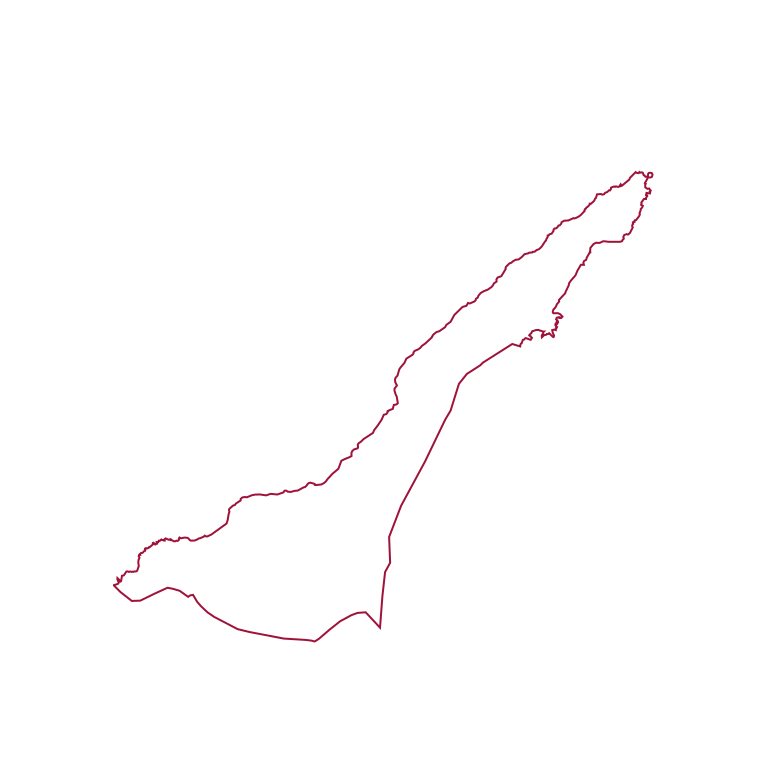 outline of Sima, Andjouân, Comoros, rotated 111°
{"feature_id": "10938185B89113061759376", "entity_name": "Sima", "entity_type": "district", "adm_level": 2, "iso_a3": "COM", "parent_name": "Comoros", "parent_adm1": "Andjouân", "projection": "albers", "projection_center": [44.321, -12.244], "detail": "fine", "context": "isolated", "style": "outline", "palette": "rose", "viewbox_px": 768, "rotation_deg": 111, "n_neighbors": 0, "source": "geoboundaries", "source_scale": "gbopen_adm2", "svg_char_len": 6145}
<svg xmlns="http://www.w3.org/2000/svg" viewBox="0 0 768 768"><g transform="rotate(111 384 384)"><path d="M649.2,356.4L645.3,353.5L632.5,346.6L621.2,339.9L611.6,331.7L607.2,326.7L603.7,319.3L612.9,300.4L582.5,309.5L559.2,315.6L548.7,314.2L525.0,324.4L491.6,324.4L441.4,317.9L395.4,314.1L384.9,312.3L357.0,314.1L344.8,310.2L332.0,300.8L328.7,299.4L300.7,278.6L300.1,270.3L298.3,270.8L297.3,270.7L296.7,270.1L293.0,270.2L292.2,269.0L291.0,268.7L290.3,268.0L290.2,262.9L287.9,262.4L287.2,264.0L286.9,264.1L286.6,265.8L285.8,265.8L283.5,264.6L281.8,264.6L279.2,261.5L278.1,259.1L278.3,257.3L278.0,256.2L278.1,254.6L277.7,253.5L278.6,253.9L280.0,253.4L281.0,254.0L282.5,254.0L283.8,253.3L281.0,252.0L279.9,250.2L279.1,250.0L278.2,248.2L277.4,248.0L279.3,243.6L279.5,242.7L279.1,242.4L277.7,242.7L275.7,244.8L273.4,246.3L272.2,244.6L272.1,242.9L270.5,243.5L270.1,243.0L269.3,242.9L268.8,242.9L268.8,243.8L267.7,244.2L267.9,244.8L267.5,245.2L266.3,245.4L266.0,244.6L265.6,245.1L265.2,244.7L263.9,244.7L264.5,243.7L263.9,243.6L263.3,244.1L263.7,244.7L263.4,245.3L262.4,245.2L261.9,246.5L260.3,246.5L259.5,245.5L259.5,244.3L258.8,244.3L258.7,243.6L259.2,242.8L259.0,242.3L257.2,241.5L255.8,244.2L255.5,246.8L257.2,251.1L256.9,251.9L255.9,252.4L253.4,252.5L252.8,252.0L250.1,251.2L247.6,251.2L244.3,250.0L242.9,250.8L234.2,247.3L232.9,247.5L225.8,246.9L223.6,247.3L220.6,246.6L214.0,244.2L208.7,244.0L202.1,242.9L201.1,240.1L199.2,241.4L197.3,241.2L195.7,239.8L193.2,240.0L188.3,239.2L187.6,238.7L187.1,238.6L187.0,239.2L185.6,239.3L183.0,240.1L178.2,238.5L176.0,236.5L175.4,234.1L174.6,232.8L172.4,230.8L171.8,229.5L170.7,225.1L166.6,214.5L165.3,212.9L163.9,212.9L162.4,212.2L160.9,213.3L158.8,213.1L157.2,211.3L157.1,209.8L154.8,208.5L148.6,207.9L147.6,209.0L146.1,209.1L145.2,208.7L144.4,209.5L143.7,209.5L143.1,209.2L142.9,208.2L141.3,208.5L140.6,207.4L136.0,206.0L134.7,205.9L133.7,206.0L133.1,206.6L129.5,206.7L128.7,207.0L126.4,206.2L124.9,206.2L124.6,208.2L122.9,208.3L122.3,208.8L118.0,207.6L117.4,205.7L116.2,206.1L114.2,205.6L113.6,205.9L113.7,207.1L111.5,207.4L110.8,204.0L109.0,204.3L108.9,204.8L107.8,204.4L106.5,206.6L107.4,208.0L106.8,210.5L104.4,211.6L103.3,211.4L103.0,212.4L96.4,211.5L95.6,209.0L94.4,208.1L92.1,208.4L91.1,209.8L91.4,211.3L92.2,212.5L93.1,212.7L95.6,212.1L96.7,213.7L96.8,214.3L95.9,215.6L96.0,216.4L94.1,218.0L94.0,219.2L94.9,220.6L94.6,221.5L95.4,221.5L96.0,222.0L96.4,224.2L96.0,225.0L103.5,228.3L105.1,228.2L113.0,232.6L113.4,234.0L112.8,234.6L114.1,234.9L114.4,233.9L116.1,236.0L116.4,238.4L117.2,239.0L117.2,240.1L119.3,242.4L120.2,242.1L122.1,242.2L122.4,243.2L124.8,244.4L126.3,246.1L127.9,246.5L129.0,248.1L128.9,249.6L130.6,253.1L134.2,252.8L135.5,253.4L137.6,253.4L141.6,255.4L141.9,256.6L143.0,256.3L145.5,257.3L146.8,258.3L148.0,258.4L148.6,259.0L150.1,259.1L150.5,258.7L155.3,260.7L157.5,261.9L160.5,264.6L161.4,266.0L161.3,266.7L165.2,270.4L167.0,274.3L169.3,276.2L170.8,276.0L172.8,276.7L173.6,277.9L175.7,278.3L177.2,279.3L177.7,280.5L178.3,280.8L179.5,281.0L180.3,280.6L183.6,281.4L185.0,283.2L186.3,283.5L186.7,284.4L188.7,283.9L190.2,284.3L192.0,284.2L193.0,284.7L199.1,286.0L202.3,287.4L204.5,289.7L206.3,290.6L207.4,292.5L208.0,292.6L209.4,295.6L210.2,296.0L212.4,299.3L216.3,301.0L219.4,302.9L220.9,305.7L223.4,307.7L225.1,308.5L226.4,310.1L230.8,312.1L232.2,312.1L232.9,311.6L241.3,313.1L243.9,316.1L246.2,316.5L248.0,315.6L250.6,317.4L253.5,317.8L255.1,318.5L258.8,321.0L261.7,324.2L264.5,326.4L267.7,327.5L269.6,327.4L271.5,328.7L273.2,328.5L274.7,329.3L278.1,332.8L278.2,334.6L281.5,335.1L283.9,338.3L294.4,343.1L302.0,344.1L306.5,347.0L309.0,347.3L314.8,351.2L316.8,353.7L320.5,355.8L322.1,355.9L322.5,356.2L323.2,356.0L331.1,359.8L334.9,362.3L337.1,363.0L339.3,364.4L342.2,367.3L344.0,367.8L345.1,367.4L346.4,367.8L352.3,372.2L357.1,372.5L362.3,374.4L364.8,375.0L371.3,374.4L374.0,375.4L375.8,375.4L378.3,374.1L380.7,371.4L384.5,372.5L386.5,371.8L389.4,369.5L391.2,367.6L397.0,364.2L398.7,365.1L400.0,367.3L404.1,366.9L406.8,369.9L407.9,370.3L408.0,370.9L409.8,370.6L411.3,371.1L412.8,373.2L418.0,373.4L424.3,374.8L430.8,376.7L433.5,376.7L442.8,383.4L445.8,384.7L448.6,386.5L449.9,386.8L452.5,385.5L453.5,385.6L455.8,388.5L457.9,389.6L460.0,389.7L462.9,388.5L464.6,389.9L468.5,394.1L471.0,396.3L479.5,396.2L486.0,399.8L492.9,402.6L496.0,403.4L498.2,404.7L500.3,406.6L502.9,411.6L503.0,412.5L502.1,413.0L502.5,417.3L503.2,418.5L504.5,419.4L506.5,419.8L508.5,420.8L509.4,422.1L514.4,426.3L515.7,429.0L518.2,432.4L519.0,435.4L518.6,436.8L518.9,438.1L519.5,438.7L521.2,439.0L525.4,444.0L527.2,450.5L530.2,454.1L531.6,460.3L533.5,464.8L535.2,467.5L538.9,471.4L539.4,473.5L540.7,475.6L542.6,476.6L544.1,476.1L548.8,479.5L550.4,479.8L551.6,481.4L556.1,483.7L557.2,483.5L558.8,482.5L561.3,482.4L566.9,481.2L570.7,481.0L586.5,491.3L589.7,494.4L590.1,495.8L589.8,497.0L591.0,497.5L593.8,500.3L594.5,501.5L595.7,502.3L598.0,504.7L599.4,508.0L599.3,509.4L598.1,511.7L598.1,512.6L598.9,515.3L600.8,518.2L600.6,519.9L601.7,520.1L602.8,519.6L604.4,520.3L604.7,521.7L605.7,522.6L606.2,524.0L605.8,525.5L606.2,527.2L605.4,527.3L605.3,527.6L606.6,529.4L606.4,532.5L607.2,533.1L608.8,532.6L609.0,533.4L608.6,534.0L609.3,535.2L609.0,536.2L610.9,537.2L611.0,538.1L612.6,538.1L613.0,539.6L614.4,538.7L615.0,539.6L615.7,539.8L615.8,540.7L615.1,541.2L614.9,542.6L615.3,542.8L616.9,542.4L620.1,544.2L620.3,544.8L621.2,544.9L622.2,545.9L622.5,547.3L623.2,548.1L624.0,548.0L624.3,547.3L625.6,547.4L626.4,548.3L627.6,548.6L628.5,549.4L628.9,550.3L629.9,550.8L630.9,550.3L631.2,551.4L632.8,551.2L633.9,550.0L636.1,550.1L638.6,549.5L641.8,547.7L646.8,547.5L647.9,548.4L648.6,550.2L649.3,550.8L649.3,551.5L649.9,552.4L650.0,553.8L650.9,554.9L650.8,556.2L651.4,557.3L655.9,558.3L656.9,559.9L662.2,558.8L663.0,559.3L663.0,560.1L661.7,561.0L660.7,563.3L661.8,563.0L664.5,560.5L665.3,560.5L666.2,561.0L668.5,564.0L668.9,563.9L672.7,555.4L676.9,541.7L673.6,533.9L661.5,522.6L651.8,513.1L650.8,507.4L650.3,500.6L652.9,490.6L650.8,489.2L649.3,486.7L654.2,480.5L657.0,475.3L660.4,467.0L662.3,459.1L665.3,432.8L663.7,420.4L657.6,386.4L651.1,365.8L649.6,359.9L649.2,356.4Z" fill="none" stroke="#9f1239" stroke-width="2"/></g></svg>